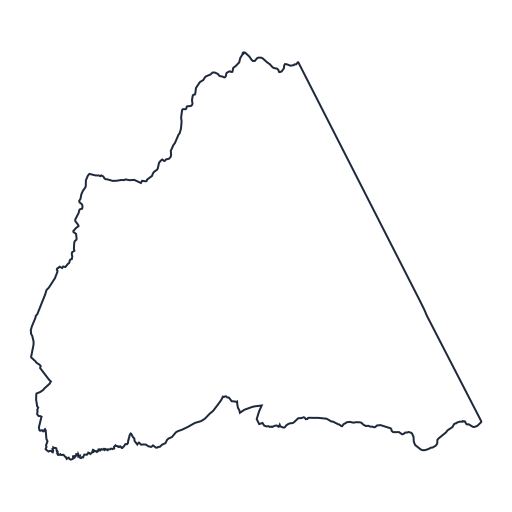 outline of Mwingi North, Eastern, Kenya
{"feature_id": "3690345B80003743115065", "entity_name": "Mwingi North", "entity_type": "district", "adm_level": 2, "iso_a3": "KEN", "parent_name": "Kenya", "parent_adm1": "Eastern", "projection": "natural_earth1", "projection_center": [38.213, -0.407], "detail": "fine", "context": "isolated", "style": "outline", "palette": "slate", "viewbox_px": 512, "rotation_deg": 0, "n_neighbors": 0, "source": "geoboundaries", "source_scale": "gbopen_adm2", "svg_char_len": 5880}
<svg xmlns="http://www.w3.org/2000/svg" viewBox="0 0 512 512"><path d="M298.3,62.3L297.7,62.4L296.2,64.3L294.7,64.3L293.9,65.1L290.5,65.7L286.5,64.2L285.0,64.1L284.3,65.2L283.8,68.5L281.6,71.5L279.7,72.1L279.0,71.9L278.4,70.0L277.1,68.7L273.8,68.0L272.5,67.2L269.9,64.3L267.1,62.3L262.6,58.3L261.2,57.7L258.5,57.6L257.2,58.1L254.7,61.0L252.9,61.0L251.4,59.6L249.3,56.5L245.2,52.7L244.0,52.4L242.9,52.7L242.7,53.2L243.5,53.7L242.2,54.8L240.2,58.2L239.2,62.4L235.4,66.3L233.3,67.8L232.4,71.8L231.6,72.0L229.5,71.3L226.9,72.7L226.4,73.3L225.9,75.9L225.2,77.1L224.2,77.4L222.6,76.6L219.9,76.1L219.1,75.6L218.1,74.1L216.5,73.3L214.7,72.5L212.6,72.5L210.5,74.5L206.1,76.3L204.9,77.4L203.3,80.0L199.9,82.1L196.0,87.9L195.2,93.9L194.9,94.5L193.3,94.8L192.8,95.5L192.2,98.7L192.0,100.5L192.5,103.5L192.1,104.9L190.8,106.0L187.2,106.3L186.7,106.7L186.2,108.7L185.6,109.2L182.8,109.2L182.1,110.1L181.1,117.6L181.6,121.5L181.0,128.3L180.4,130.8L179.5,133.5L178.5,134.7L174.9,143.1L173.3,145.2L170.8,150.9L171.1,155.0L170.7,156.8L169.1,158.7L166.0,159.4L164.9,160.8L164.2,161.0L162.2,159.5L160.7,160.7L159.0,162.9L157.8,168.4L157.1,169.7L154.2,171.7L152.9,173.4L152.1,175.8L147.1,179.6L146.6,181.0L145.7,181.3L142.1,180.8L140.9,183.0L134.3,179.9L129.6,180.2L125.5,179.4L124.2,180.1L121.1,180.0L117.1,180.7L112.6,180.9L107.7,179.4L105.6,179.2L104.5,178.4L103.3,176.5L101.3,175.4L100.3,176.2L99.0,175.5L95.4,175.4L89.4,173.9L87.9,175.6L85.9,180.3L85.8,185.5L85.5,187.1L83.0,190.7L81.4,194.1L80.5,198.8L79.2,200.9L79.5,202.3L81.5,203.9L82.3,205.1L82.5,206.7L82.3,208.2L82.0,208.8L80.3,209.1L79.5,209.7L78.6,213.0L75.5,219.0L75.2,220.0L75.3,221.1L77.8,224.4L78.5,225.6L78.5,226.2L76.0,228.0L73.3,231.1L73.5,232.1L76.1,233.9L76.6,238.8L76.3,239.8L74.6,241.3L74.2,243.2L73.9,248.7L74.4,250.7L72.0,252.4L71.9,252.8L71.8,254.3L72.3,256.5L71.8,259.1L70.4,259.5L69.8,260.4L69.2,262.9L67.9,263.9L65.4,267.0L63.2,266.5L62.2,268.0L59.6,266.7L58.3,268.0L57.6,268.1L57.0,269.1L56.8,269.7L57.5,270.9L57.3,272.1L54.9,278.3L48.8,287.7L46.5,290.0L45.2,294.4L38.3,311.7L37.2,314.4L35.7,315.9L35.6,317.4L31.9,326.3L30.7,330.5L31.1,331.7L30.9,333.4L32.3,336.1L33.6,341.7L33.5,344.9L31.1,356.9L31.3,357.5L35.3,361.2L36.7,362.9L39.4,364.6L40.7,366.0L40.1,368.0L49.1,379.8L50.9,381.5L49.4,383.9L44.3,388.5L43.3,389.9L40.2,392.0L36.5,393.5L36.3,394.1L36.1,399.6L37.2,406.4L38.2,407.5L37.2,410.1L37.6,411.3L37.1,413.8L37.3,414.5L38.6,416.0L40.2,416.1L41.5,416.7L38.9,427.3L39.4,430.1L39.8,430.6L40.5,430.7L42.0,430.2L43.2,431.4L43.7,431.3L44.6,429.4L45.0,429.1L45.7,430.4L46.4,438.9L47.5,441.3L46.0,445.4L46.5,446.9L45.6,449.0L45.7,449.4L48.5,451.5L50.3,450.8L51.0,450.9L51.6,451.1L52.3,452.2L52.8,452.3L53.2,450.4L52.4,448.9L53.2,448.2L53.3,447.4L54.1,448.0L55.6,447.9L56.3,448.4L56.8,451.1L57.3,451.1L57.6,451.7L57.2,452.1L58.0,453.6L57.4,453.8L58.0,454.9L59.6,454.8L60.4,454.2L61.1,455.0L63.5,454.8L65.2,456.8L65.8,457.0L66.7,458.9L68.3,457.6L68.8,457.7L69.4,458.9L70.7,459.6L72.1,459.2L74.0,458.0L73.1,457.3L73.0,456.3L74.7,456.0L75.0,456.6L75.4,456.6L76.3,455.3L76.2,454.2L76.8,454.2L77.5,455.1L78.0,455.2L78.2,454.1L78.7,455.2L78.3,456.6L78.9,456.6L79.9,456.0L79.6,457.5L81.0,458.1L82.2,457.1L83.0,457.4L84.3,454.6L86.9,454.7L87.2,454.1L88.0,453.6L88.3,452.6L89.2,452.9L90.3,454.0L92.0,452.5L92.9,452.2L92.4,451.5L93.0,449.8L93.5,449.9L94.3,451.2L95.5,451.0L96.9,452.0L97.8,451.3L97.7,450.7L99.6,450.4L98.9,449.4L99.4,449.3L100.5,450.2L100.9,449.4L101.4,449.1L102.4,449.6L103.7,449.4L104.5,450.1L105.0,449.7L104.5,448.9L105.0,448.9L106.6,449.5L107.2,449.4L107.2,450.0L107.6,450.2L108.3,449.5L110.0,449.3L111.0,448.6L112.5,449.1L113.0,448.7L114.2,448.5L114.0,446.9L115.5,445.3L116.3,446.0L117.9,446.2L118.2,446.9L118.8,447.1L119.8,446.8L120.1,446.3L120.6,446.5L121.6,447.9L122.3,448.0L122.6,447.4L123.8,446.5L125.4,444.1L127.0,444.2L127.9,443.1L128.2,440.6L128.7,439.7L128.5,439.2L129.4,436.7L129.4,435.8L130.6,433.5L131.2,433.8L133.0,437.2L134.3,438.5L134.6,441.0L137.3,444.5L138.7,442.6L139.2,442.7L141.1,444.7L143.8,444.4L146.1,444.7L148.4,446.3L151.0,446.9L151.5,446.8L153.0,445.4L156.1,447.7L157.1,447.7L157.6,447.2L160.0,446.7L162.2,444.6L165.4,443.2L167.1,439.8L168.8,438.4L172.0,437.0L175.8,432.4L177.8,431.2L182.0,429.7L187.3,427.2L195.0,422.9L201.1,421.1L204.9,418.7L209.7,413.7L213.2,410.8L219.4,402.6L221.4,399.7L222.7,397.0L223.0,396.6L223.7,397.0L225.2,396.4L225.9,396.3L227.2,397.4L228.9,397.6L231.7,401.2L235.0,401.5L236.1,401.9L237.1,401.5L237.3,404.6L238.0,407.9L239.3,410.2L239.9,412.8L244.3,409.8L251.4,407.2L254.4,406.4L261.7,405.5L259.1,411.3L256.7,419.1L259.2,424.1L262.5,423.0L264.2,425.6L266.3,426.4L268.6,426.2L269.7,426.9L271.7,426.6L272.1,427.0L274.4,425.9L276.4,425.5L277.5,425.9L278.4,426.8L278.9,426.7L279.7,424.8L280.3,426.4L283.2,427.5L284.4,427.5L285.0,427.1L286.1,425.5L288.1,424.1L290.3,423.2L291.3,423.3L293.5,422.7L298.3,418.2L301.2,418.1L303.6,417.3L304.6,417.6L305.8,419.2L307.4,418.9L308.1,417.9L308.5,417.8L318.6,417.9L326.6,418.7L331.4,421.5L332.9,421.6L338.3,424.3L339.3,424.5L341.2,426.0L342.1,426.2L343.7,424.1L345.7,423.1L346.6,422.3L349.8,421.9L353.6,422.7L355.8,422.2L359.9,422.3L361.3,422.7L363.2,424.5L365.7,426.0L368.3,425.8L370.2,426.6L372.6,426.7L374.4,427.3L375.3,427.0L376.9,425.5L380.5,425.1L390.6,428.3L391.3,429.1L391.6,430.8L393.1,432.1L399.0,432.1L402.1,434.3L403.7,433.9L405.2,432.5L407.3,432.5L408.4,432.0L411.0,432.7L412.1,433.6L413.5,436.7L413.8,441.6L415.1,445.0L420.8,449.5L422.6,450.2L425.3,450.1L429.2,448.7L430.7,447.7L432.4,447.6L435.6,445.8L437.2,443.7L437.4,439.9L438.5,438.5L445.9,432.5L447.6,430.3L452.5,427.0L454.1,424.1L455.5,423.3L456.2,423.3L456.9,422.6L459.6,421.7L462.5,421.7L462.8,421.1L464.1,421.5L464.6,421.3L465.0,421.5L466.1,423.7L466.9,424.4L468.7,424.3L472.8,426.8L474.2,427.0L477.2,426.0L481.2,422.1L481.3,421.5L480.0,418.8L426.9,315.8L424.4,309.9L419.4,299.8L298.3,62.3Z" fill="none" stroke="#1e293b" stroke-width="2"/></svg>